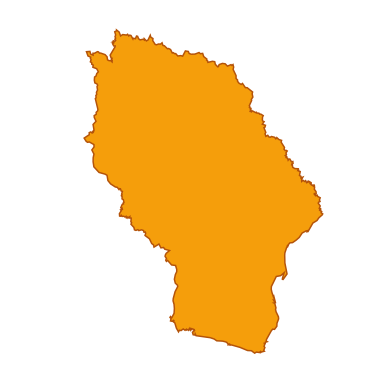 the district of Besalampy, Melaky, Madagascar, rotated 192°
{"feature_id": "10022922B83460232588272", "entity_name": "Besalampy", "entity_type": "district", "adm_level": 2, "iso_a3": "MDG", "parent_name": "Madagascar", "parent_adm1": "Melaky", "projection": "albers", "projection_center": [45.158, -16.857], "detail": "fine", "context": "isolated", "style": "filled", "palette": "amber", "viewbox_px": 384, "rotation_deg": 192, "n_neighbors": 0, "source": "geoboundaries", "source_scale": "gbopen_adm2", "svg_char_len": 5955}
<svg xmlns="http://www.w3.org/2000/svg" viewBox="0 0 384 384"><g transform="rotate(192 192 192)"><path d="M176.1,52.4L175.6,54.1L173.9,54.2L172.1,56.2L170.1,55.3L169.9,55.8L168.7,55.8L169.4,56.1L168.9,56.6L168.5,55.9L167.6,56.5L166.6,56.0L166.3,57.4L165.2,56.7L165.5,57.6L164.7,57.4L165.1,58.2L163.7,57.6L163.7,58.3L161.3,57.9L161.4,56.9L160.4,57.7L162.4,54.9L161.2,52.6L159.2,52.7L159.3,53.8L158.2,52.3L143.8,53.3L139.7,52.8L136.9,51.6L131.2,52.5L128.1,52.4L126.6,52.1L125.1,50.6L124.5,50.9L124.7,50.1L123.0,50.7L122.9,50.2L121.4,50.6L112.7,50.0L104.7,48.5L100.9,49.1L97.2,47.4L95.7,48.8L91.5,49.1L91.2,49.6L92.2,49.8L91.8,50.4L90.8,49.9L88.1,51.3L88.9,51.9L88.4,55.1L89.4,55.9L89.2,57.9L89.8,58.9L88.9,59.0L89.0,60.3L87.4,61.2L88.4,61.5L88.5,63.3L85.6,72.7L84.6,74.6L82.7,74.8L81.1,78.3L81.6,81.2L80.9,85.9L81.5,87.9L85.0,92.5L85.9,94.7L85.8,96.1L87.9,100.3L88.8,100.5L87.7,101.0L89.4,102.9L89.0,102.8L89.1,103.4L88.2,102.8L90.3,107.0L90.5,106.3L93.0,110.5L94.3,113.4L94.7,116.1L92.0,126.9L87.9,128.6L85.1,132.2L85.6,126.5L85.4,125.4L84.7,125.4L82.0,131.6L86.4,141.9L88.2,149.5L88.5,151.8L87.9,157.3L86.7,158.8L87.6,158.4L87.6,159.1L86.8,159.6L87.1,160.0L85.7,162.6L83.1,163.4L80.1,166.6L77.7,169.8L75.7,174.8L72.4,177.6L70.8,178.3L71.1,177.1L70.3,177.4L67.3,186.8L63.8,190.1L62.5,193.2L59.8,196.8L59.6,197.8L61.4,198.5L61.1,199.9L63.4,200.7L63.4,201.3L62.4,201.0L62.7,202.4L64.1,202.5L63.7,205.0L66.2,207.3L66.1,208.3L64.8,209.3L65.7,210.7L65.4,213.0L68.2,213.8L68.8,214.9L70.3,214.0L72.1,215.5L72.0,215.9L70.6,215.4L70.2,216.3L70.8,218.2L72.9,220.1L73.1,222.3L74.5,223.0L73.6,223.6L73.9,224.2L76.4,223.6L78.3,224.8L78.4,225.3L77.2,225.0L77.4,225.9L80.3,226.9L80.8,226.6L80.2,226.1L81.8,224.9L83.2,226.7L83.9,225.7L85.9,226.5L86.9,225.2L87.4,227.1L86.7,229.5L88.3,228.4L88.7,230.0L90.3,230.5L90.4,234.5L91.8,234.6L92.2,235.5L93.0,235.1L92.9,236.8L96.4,236.3L98.6,237.1L99.5,239.3L100.2,239.3L100.2,240.2L99.1,240.9L99.7,242.8L100.9,242.2L103.2,244.6L104.2,244.2L104.6,243.2L105.5,244.9L107.2,245.3L107.3,246.1L106.6,245.6L106.7,246.4L108.3,247.0L107.4,248.2L108.2,249.8L107.4,251.9L108.3,252.3L109.4,251.9L110.9,253.0L110.8,254.8L115.2,259.3L115.1,261.1L117.9,261.4L120.3,262.8L120.4,262.0L121.2,262.1L121.4,261.6L122.6,262.7L125.9,262.8L126.7,261.9L128.1,261.8L129.7,263.2L131.3,261.8L132.7,264.2L132.2,265.6L135.0,269.9L134.1,270.6L134.0,272.5L137.3,273.0L136.1,275.8L137.5,276.1L138.1,276.9L138.6,279.9L138.2,281.5L140.9,282.5L142.0,282.2L142.9,283.0L145.0,282.7L145.6,283.4L146.4,282.9L149.7,283.9L150.6,282.7L151.3,283.0L151.2,283.9L151.8,283.5L151.6,284.6L152.3,285.3L151.8,286.1L153.4,286.7L153.3,287.7L153.9,288.4L152.7,293.9L153.2,294.9L152.2,297.5L153.6,300.6L153.5,302.4L159.7,305.5L161.5,305.2L165.2,308.7L166.3,307.4L169.0,308.4L170.6,310.0L170.7,311.0L172.5,312.2L173.1,315.0L177.3,320.5L177.2,322.8L178.4,325.2L179.3,324.1L180.3,324.7L183.5,322.5L186.2,324.3L189.0,324.1L191.9,322.3L192.4,320.0L192.9,319.8L195.7,321.7L196.9,324.2L199.2,324.1L203.4,322.1L203.9,323.4L205.1,323.9L205.1,325.1L208.7,326.9L210.4,329.8L212.6,329.0L214.1,329.9L217.8,327.5L221.5,326.6L223.6,326.9L224.8,328.7L227.8,328.6L229.4,322.9L231.3,323.1L234.2,322.1L236.7,324.0L237.8,323.7L239.3,324.4L240.2,323.9L242.6,326.9L244.7,327.5L245.8,327.0L249.4,329.3L250.9,329.3L252.3,331.7L253.5,330.1L255.5,329.8L257.4,328.6L258.7,328.7L261.9,331.9L262.1,334.0L264.5,334.9L265.4,336.6L266.6,331.6L268.0,330.3L270.5,332.0L270.3,330.8L271.5,331.3L274.4,330.0L276.1,330.8L277.6,333.0L278.7,333.0L279.2,330.2L281.5,330.2L281.6,329.4L284.2,332.4L285.5,332.5L286.3,331.5L287.8,332.9L288.7,331.9L292.5,331.6L294.3,329.8L296.5,333.3L299.5,334.8L299.3,334.0L300.9,332.7L299.3,329.7L299.6,327.9L298.7,326.6L299.2,325.4L298.2,324.5L298.7,323.5L300.2,323.5L299.7,322.5L300.7,322.3L299.9,321.5L300.4,321.3L299.9,321.2L300.3,320.3L298.9,318.6L297.5,318.9L297.4,318.1L300.5,308.9L299.0,306.3L298.0,306.2L298.4,305.0L297.4,304.2L297.2,302.6L298.9,303.6L300.4,303.2L302.1,303.7L303.2,306.6L305.6,308.3L310.3,308.9L311.4,308.6L312.6,309.6L313.7,309.6L316.1,307.5L317.7,307.1L317.2,305.3L319.8,305.8L321.1,308.3L324.4,307.3L322.0,303.4L319.1,302.8L319.2,301.6L318.2,300.4L318.5,298.2L317.0,297.6L316.6,296.1L315.0,295.6L314.9,293.4L310.9,292.8L308.6,290.1L309.8,288.0L310.0,285.5L311.2,284.2L310.8,281.1L309.7,278.5L307.5,278.0L306.5,276.9L306.8,275.3L305.6,272.1L306.2,269.7L305.5,267.5L306.1,266.5L305.4,264.2L306.0,263.3L301.2,253.2L301.2,251.7L302.3,250.0L301.8,248.1L303.6,246.4L303.1,244.6L300.6,241.2L302.8,237.5L300.7,232.1L300.9,230.0L301.2,229.6L301.6,230.6L302.3,229.1L303.5,229.7L304.9,228.7L304.4,226.7L308.7,222.3L306.0,219.5L304.5,218.9L302.8,219.6L297.8,218.0L297.2,215.7L298.7,212.3L295.8,208.7L295.8,205.0L295.0,201.0L293.2,196.2L287.0,191.8L280.8,191.4L278.6,190.7L276.6,185.7L273.3,183.0L268.1,181.0L266.0,181.0L263.9,179.2L263.5,180.2L262.7,180.3L261.5,178.3L260.2,178.1L260.4,175.2L259.8,174.7L260.3,173.6L259.4,173.0L259.0,170.7L257.6,170.3L256.4,167.6L257.1,166.8L256.6,166.1L257.7,165.3L258.4,161.8L257.7,161.3L257.0,161.7L256.5,160.5L258.1,159.7L257.3,159.0L258.5,155.7L257.8,153.4L256.6,153.5L256.3,154.5L255.2,153.6L253.7,154.1L252.4,153.6L251.4,154.5L250.8,153.1L249.7,154.1L249.2,153.2L247.7,155.0L247.5,153.6L246.0,153.8L245.6,150.2L244.7,149.4L245.0,147.8L241.4,145.2L240.4,143.0L238.9,142.8L237.1,143.9L236.0,143.2L233.5,144.5L231.4,144.2L230.6,142.7L229.3,143.1L228.7,141.8L228.9,139.7L223.9,137.4L220.7,133.2L218.7,132.3L217.7,130.2L213.5,134.2L210.8,130.9L208.3,131.8L206.7,130.4L201.8,130.1L204.5,126.6L205.0,124.7L204.9,123.3L203.2,121.8L203.5,119.8L202.6,118.8L201.6,120.0L196.8,116.4L192.8,116.7L190.8,113.0L190.4,110.8L191.1,107.8L191.1,103.0L189.4,99.4L186.8,97.8L186.3,96.5L187.8,91.1L188.2,83.9L187.9,81.6L186.2,78.4L185.0,74.3L184.3,69.6L185.6,65.0L186.1,64.8L187.1,65.7L187.5,64.8L186.2,63.8L186.2,61.4L184.3,61.4L183.5,62.6L183.0,62.5L182.9,61.0L181.6,60.4L178.9,55.5L176.1,52.4Z" fill="#f59e0b" stroke="#b45309" stroke-width="1.5"/></g></svg>